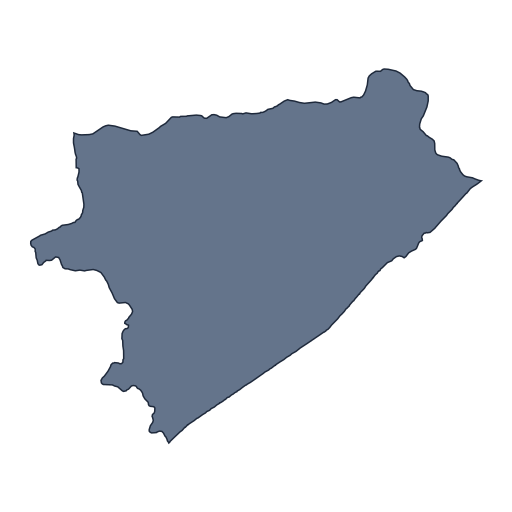 the district of Morales, Izabal, Guatemala
{"feature_id": "79465075B97649712901036", "entity_name": "Morales", "entity_type": "district", "adm_level": 2, "iso_a3": "GTM", "parent_name": "Guatemala", "parent_adm1": "Izabal", "projection": "robinson", "projection_center": [-88.797, 15.422], "detail": "fine", "context": "isolated", "style": "filled", "palette": "slate", "viewbox_px": 512, "rotation_deg": 0, "n_neighbors": 0, "source": "geoboundaries", "source_scale": "gbopen_adm2", "svg_char_len": 5964}
<svg xmlns="http://www.w3.org/2000/svg" viewBox="0 0 512 512"><path d="M73.9,133.0L74.1,134.1L74.1,134.7L74.1,135.5L74.0,136.1L73.9,136.6L73.7,137.5L73.6,138.1L73.5,138.7L73.5,140.8L73.5,142.1L73.5,142.7L73.6,143.5L73.8,144.5L74.3,147.0L74.8,150.1L75.0,151.9L75.5,154.2L75.9,155.2L76.2,156.0L76.4,156.7L76.5,157.2L76.6,157.7L76.6,158.2L76.1,159.2L76.2,166.0L76.2,166.9L76.2,167.7L77.0,167.8L77.5,167.9L78.3,168.3L79.0,168.8L79.0,172.1L77.9,176.7L77.3,178.1L77.1,180.1L77.7,181.1L78.0,184.4L79.4,187.0L81.4,190.5L81.7,192.2L82.3,192.9L83.9,204.2L83.8,207.3L82.8,210.4L82.6,212.7L81.3,214.9L81.2,215.9L80.4,217.4L78.6,219.3L77.5,219.5L76.2,220.5L74.9,222.4L73.4,222.5L71.8,223.4L68.3,224.5L62.2,225.3L60.8,226.2L60.3,227.0L59.4,227.2L57.5,228.8L55.3,229.9L52.5,230.2L51.7,231.0L48.2,232.1L45.2,233.9L40.4,235.3L39.9,235.8L31.9,240.2L30.8,241.4L30.7,243.5L31.1,245.2L32.3,246.8L34.0,247.5L35.2,249.0L35.2,251.6L35.7,252.4L36.2,257.9L37.2,260.2L37.9,263.6L38.7,264.8L39.7,265.2L41.9,264.7L43.7,262.4L45.8,260.9L46.1,260.3L49.6,260.5L51.6,260.2L55.6,256.9L58.7,257.5L59.1,258.3L60.0,259.7L61.6,264.7L62.2,265.5L62.9,267.5L65.1,268.8L68.2,268.9L70.0,269.6L75.3,270.8L79.9,270.1L84.6,270.9L86.4,270.4L93.2,269.5L96.7,270.4L100.9,272.5L104.3,277.1L105.7,280.0L106.7,281.1L108.3,284.4L109.2,287.6L112.1,293.0L114.5,298.7L117.4,302.6L119.1,303.1L125.5,302.5L128.4,303.9L129.5,305.2L132.2,309.4L132.6,311.6L131.5,314.2L128.8,317.4L128.7,318.0L127.0,320.0L125.5,320.9L124.8,322.2L124.8,323.4L125.7,323.7L126.4,324.5L128.5,325.2L128.3,327.6L127.0,328.6L125.4,328.7L124.1,329.8L123.1,331.2L122.1,333.6L121.9,338.7L122.7,340.5L122.9,346.0L123.6,350.6L123.7,358.7L123.0,359.7L122.9,362.2L121.6,363.6L120.0,363.8L118.3,363.0L114.5,362.6L113.8,363.1L112.7,363.1L111.0,364.8L110.5,366.6L108.0,371.2L104.3,376.2L102.4,377.9L101.0,380.4L101.4,382.9L102.4,384.0L103.4,384.5L112.4,384.9L114.6,386.0L117.7,386.8L122.3,390.8L123.5,391.4L124.4,391.2L126.2,390.8L126.7,390.0L128.6,389.1L129.5,388.1L131.4,386.0L133.2,385.5L134.5,385.7L135.3,385.8L136.0,386.2L136.5,386.7L136.8,387.4L137.6,388.4L139.0,388.9L140.6,390.1L141.9,392.0L142.6,393.3L143.1,395.8L144.8,398.8L148.2,402.3L148.5,404.6L149.1,405.7L150.3,406.3L153.8,406.7L154.9,408.0L154.7,411.5L154.1,413.1L152.5,414.5L152.1,416.4L152.5,417.2L153.3,420.3L152.7,422.4L150.4,425.7L149.2,429.6L149.2,431.1L150.1,432.2L151.5,432.9L155.0,432.7L156.7,432.5L157.2,431.9L159.6,431.1L161.9,431.4L163.5,433.1L165.0,436.1L166.0,437.1L167.3,440.0L167.3,440.7L168.5,442.3L168.8,443.0L169.8,442.1L169.9,441.6L173.7,437.9L180.0,431.9L182.1,430.4L184.8,427.3L185.2,427.4L187.3,425.2L187.5,424.7L188.1,424.8L189.2,423.8L194.4,420.4L196.9,418.3L197.9,418.0L202.9,414.4L205.5,412.9L206.7,411.6L209.6,410.3L211.2,408.6L214.4,407.0L216.8,404.9L219.4,403.4L219.6,402.8L220.3,402.8L222.9,401.2L224.9,399.5L225.4,399.5L227.3,397.5L228.3,397.2L229.0,397.1L231.5,394.9L233.1,394.1L234.9,392.6L237.0,391.6L237.2,391.0L239.6,389.7L242.2,387.6L245.5,385.2L246.3,385.0L247.2,384.2L247.9,383.8L250.4,382.4L258.0,377.1L263.4,373.3L264.8,372.1L268.9,369.9L269.5,369.1L271.4,368.1L275.1,365.2L275.5,365.3L275.9,364.6L279.1,362.5L279.5,362.2L283.8,359.6L286.6,357.3L290.1,355.3L291.8,353.7L296.0,351.4L300.2,348.0L307.4,343.3L323.8,332.1L324.2,332.1L325.9,330.9L326.3,330.2L328.0,329.3L329.8,327.4L331.5,325.1L337.7,318.8L340.0,315.7L341.8,314.1L344.4,311.3L345.9,309.0L347.0,308.2L347.6,307.5L349.4,305.8L349.6,305.0L351.5,302.8L353.0,301.1L353.6,300.9L355.6,298.0L356.0,297.8L359.0,294.1L359.5,294.1L360.3,292.5L363.6,289.2L364.6,288.0L365.8,286.0L371.8,279.4L372.7,277.9L373.4,277.7L373.5,277.1L375.4,274.7L377.3,273.1L377.9,271.9L378.9,270.9L379.3,270.9L380.0,270.5L380.6,269.0L382.4,267.6L387.4,262.6L391.7,260.8L393.3,258.8L396.4,256.6L399.3,255.9L402.2,256.5L404.1,257.8L405.9,256.5L408.6,252.9L411.5,251.1L415.3,249.4L416.4,248.5L417.3,246.5L418.6,243.2L419.5,241.9L420.2,241.5L421.0,241.1L421.8,240.9L422.4,240.4L422.1,238.4L421.7,237.6L421.9,236.1L422.4,235.3L424.1,233.2L425.7,233.0L426.2,232.5L427.3,232.8L430.0,232.4L434.9,228.2L435.3,227.6L440.9,221.2L446.5,215.5L447.7,213.7L452.0,209.4L453.5,207.2L454.7,206.2L456.8,203.6L457.2,203.5L457.2,203.1L460.4,199.7L466.0,193.5L466.6,193.3L470.3,188.6L472.4,187.0L477.3,183.9L481.3,180.8L480.1,180.6L478.5,180.2L474.7,178.8L472.5,177.8L466.8,176.8L464.5,176.0L462.8,174.6L460.6,171.8L459.5,169.7L459.6,169.2L458.4,167.2L458.4,166.4L457.1,163.4L453.8,159.8L451.9,159.3L450.1,157.8L448.2,157.1L441.7,156.2L437.6,154.8L436.6,154.1L435.7,152.9L434.8,149.9L434.7,143.5L434.1,140.9L432.2,139.1L429.3,137.4L427.3,135.8L426.4,135.6L423.1,131.7L420.4,129.5L419.9,128.7L419.9,127.9L419.5,127.3L419.7,124.0L421.3,118.8L423.3,115.9L426.9,107.0L428.2,100.9L428.2,96.0L427.7,94.6L426.4,93.8L425.5,92.7L423.5,91.9L421.3,91.2L416.8,90.7L413.4,89.6L410.0,85.5L409.4,83.6L408.0,81.9L407.7,80.8L406.8,79.3L404.7,77.0L400.1,73.1L396.0,71.0L388.4,69.3L384.1,69.0L382.6,69.5L380.5,71.3L375.9,71.2L371.6,73.8L369.3,75.9L368.1,78.1L367.3,84.9L365.5,91.1L363.6,95.0L361.8,97.0L360.7,97.2L360.0,97.9L353.7,97.2L351.2,97.7L340.9,101.9L339.5,101.9L337.1,99.7L335.5,99.7L331.5,102.4L327.3,104.0L324.1,104.1L320.9,102.9L315.3,102.1L304.4,103.3L299.4,102.5L294.5,101.1L289.8,100.4L287.7,99.7L284.2,101.1L279.8,104.1L278.4,104.8L277.4,105.8L275.4,106.7L274.5,106.9L272.9,108.3L267.8,109.4L266.3,110.6L264.8,111.5L262.8,112.4L260.6,112.4L259.9,113.1L256.7,113.5L251.7,113.8L246.0,112.9L242.7,113.9L241.6,113.5L236.1,113.3L233.6,113.6L232.1,114.0L228.9,116.6L226.2,117.7L219.7,116.9L216.7,115.2L214.0,114.6L211.7,114.8L210.6,115.6L206.7,118.3L204.4,118.2L203.5,117.5L201.7,115.8L200.4,115.5L196.3,115.1L187.2,115.9L186.6,116.3L180.5,116.4L179.6,117.1L172.7,116.9L171.4,117.3L165.6,123.4L160.5,126.4L159.3,127.6L152.9,132.2L148.8,134.2L141.3,135.4L140.0,134.6L137.2,131.3L130.8,130.8L114.9,126.1L108.3,125.2L105.7,125.8L103.1,126.9L92.8,133.9L89.2,134.6L81.4,134.9L78.5,134.6L73.9,133.0Z" fill="#64748b" stroke="#1e293b" stroke-width="1.5"/></svg>